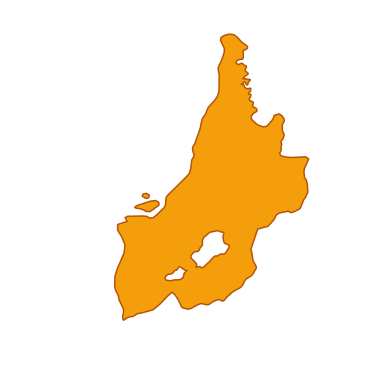 the State of Selangor, rotated 53°
{"feature_id": "MYS-1148", "entity_name": "Selangor", "entity_type": "State", "adm_level": 1, "iso_a3": "MYS", "parent_name": "Malaysia", "parent_adm1": "", "projection": "robinson", "projection_center": [101.463, 3.229], "detail": "fine", "context": "isolated", "style": "filled", "palette": "amber", "viewbox_px": 384, "rotation_deg": 53, "n_neighbors": 0, "source": "natural_earth", "source_scale": "10m", "svg_char_len": 5952}
<svg xmlns="http://www.w3.org/2000/svg" viewBox="0 0 384 384"><g transform="rotate(53 192 192)"><path d="M253.2,323.8L251.7,323.6L249.4,322.1L247.6,319.8L244.4,317.2L234.3,315.2L230.5,313.3L224.3,312.1L220.3,310.2L213.0,304.3L208.8,298.6L199.7,282.8L194.0,277.3L185.9,275.2L177.7,274.3L173.2,270.9L176.4,261.5L172.3,260.9L172.6,258.1L181.8,245.4L184.4,242.7L187.1,241.5L189.1,239.1L189.1,233.7L187.7,223.7L186.5,221.0L181.2,216.4L180.0,213.7L176.4,186.6L175.3,182.5L172.7,179.1L166.4,173.0L165.6,171.4L165.0,169.5L163.9,168.0L160.2,166.9L158.4,166.0L156.9,164.8L156.3,163.8L155.0,160.5L146.3,147.4L140.5,140.9L139.4,139.1L137.9,134.3L134.3,128.4L132.5,119.1L131.1,114.6L128.1,110.1L114.7,99.7L110.2,97.5L108.4,96.1L107.4,94.6L104.5,88.9L99.8,82.1L96.7,79.7L88.1,78.0L86.1,75.9L86.3,72.3L88.2,67.4L91.3,64.1L92.0,63.8L95.5,62.7L102.2,62.1L107.3,60.5L108.8,60.2L109.5,60.3L110.1,60.8L110.6,61.8L110.6,62.7L110.5,63.5L110.1,64.8L110.0,65.5L110.2,66.1L110.5,66.6L115.1,69.8L116.0,70.9L116.3,71.7L116.0,72.4L115.3,73.4L114.7,74.6L114.3,75.9L114.2,76.7L114.2,77.4L114.5,78.1L114.8,78.6L115.5,79.0L116.3,79.1L117.6,78.6L118.1,78.2L118.4,77.7L118.6,76.2L118.8,75.5L119.1,74.9L119.5,74.6L120.2,74.2L121.5,74.2L122.0,74.1L123.1,73.3L123.6,73.0L124.3,73.0L124.9,73.3L125.6,74.3L125.9,75.2L126.4,75.9L127.1,76.3L128.6,76.3L130.2,75.8L130.8,75.8L131.4,76.0L131.7,77.0L131.5,79.4L131.7,80.8L131.7,81.5L131.8,82.3L132.0,82.8L132.4,82.9L132.9,82.4L133.6,81.2L134.1,80.7L135.1,80.1L135.6,79.7L136.0,79.3L136.7,78.2L137.2,78.0L137.6,78.0L137.9,78.8L138.0,80.2L138.2,80.9L138.5,81.4L139.4,82.3L139.7,82.8L139.8,83.3L139.4,83.8L138.6,83.9L136.9,83.5L136.1,83.5L135.6,83.9L135.8,85.2L135.7,85.9L135.4,87.1L135.5,87.6L135.9,87.6L137.2,86.3L137.9,86.1L138.7,86.3L139.8,86.8L140.7,86.9L143.1,85.5L143.5,84.7L143.9,83.2L144.3,82.9L145.0,82.9L146.6,84.5L146.9,85.3L146.8,86.5L147.0,87.1L147.4,87.6L147.9,87.8L148.4,87.7L148.8,86.9L149.2,86.4L149.8,86.4L150.6,87.1L151.0,87.8L152.2,90.4L152.8,90.7L153.5,90.8L154.8,90.3L156.2,89.3L156.8,89.1L157.5,89.3L158.5,90.2L159.6,91.6L160.2,91.9L160.9,92.0L163.5,90.5L164.8,90.4L166.5,91.6L166.5,93.3L166.2,94.8L166.2,95.7L166.5,97.2L167.0,98.5L167.3,99.1L167.7,99.6L168.2,99.9L168.8,100.2L169.4,100.5L172.4,100.4L176.9,99.4L178.7,98.7L182.6,96.1L184.4,93.2L184.0,89.6L183.2,85.9L182.3,83.1L182.0,82.6L180.5,80.7L180.4,80.1L180.5,79.5L180.8,78.9L181.2,77.5L181.4,76.8L181.7,76.1L182.0,75.6L182.5,75.2L183.4,74.9L184.6,74.5L187.1,74.2L188.7,74.4L190.5,75.4L191.2,76.1L191.6,76.9L192.0,78.4L192.3,79.0L192.7,79.5L193.7,80.2L194.2,80.5L195.0,81.1L196.1,82.0L197.2,82.8L198.6,83.2L200.8,83.6L201.4,83.8L201.8,84.1L202.3,84.6L203.8,86.5L204.1,87.1L205.0,89.8L205.2,90.3L205.4,90.6L205.9,90.9L207.5,91.4L208.1,91.9L208.5,92.3L209.2,93.4L210.2,94.2L211.3,94.8L211.8,95.2L212.3,95.6L213.6,98.2L213.9,98.6L214.5,98.9L215.1,99.1L216.3,99.0L217.1,98.7L218.6,97.7L220.4,96.2L224.2,91.9L230.7,82.5L231.2,81.5L232.0,80.6L232.4,80.1L235.8,78.9L241.0,88.2L243.4,90.6L244.5,91.2L247.6,93.1L248.6,93.4L249.2,93.4L250.7,93.4L251.4,93.6L255.1,95.2L261.3,99.2L262.4,100.3L263.2,102.3L264.5,104.4L264.8,105.1L264.9,105.8L265.7,108.0L268.4,112.2L270.1,115.2L270.2,117.1L268.9,123.5L268.6,124.4L268.3,125.0L267.9,125.5L267.3,125.8L266.1,126.2L265.1,127.0L261.9,133.7L261.3,135.6L261.0,137.0L261.1,137.8L261.3,138.6L261.5,139.3L261.8,139.9L263.0,142.3L263.7,144.2L265.0,151.0L265.0,152.1L264.8,153.0L263.3,156.2L261.2,161.9L273.2,179.4L274.4,180.0L276.3,180.6L283.1,184.4L284.1,184.7L290.1,185.5L291.1,186.2L291.5,186.6L292.2,187.8L292.8,189.8L294.0,192.2L294.4,193.6L294.6,195.1L294.1,200.6L294.4,202.3L295.1,204.2L296.3,206.5L296.8,207.9L297.2,209.2L297.3,210.0L297.4,211.6L296.4,218.0L296.3,221.0L296.7,224.2L296.9,227.5L297.7,230.4L297.9,231.9L297.7,232.8L297.2,233.5L294.2,235.1L293.7,236.0L293.2,237.3L292.5,240.0L292.1,242.8L292.1,244.5L292.1,245.3L291.8,246.7L291.3,247.5L290.7,248.3L287.3,251.1L286.9,251.5L286.5,252.3L286.0,253.3L285.2,257.2L284.5,262.2L283.9,264.4L283.3,265.4L282.3,266.5L280.1,268.3L278.8,269.1L277.8,269.5L277.1,269.4L270.2,267.9L264.6,267.5L263.1,267.6L260.5,268.1L260.2,268.2L260.1,270.0L260.3,273.2L262.3,285.7L262.6,294.2L258.2,305.2L256.6,308.2L256.3,309.1L256.0,312.8L255.8,314.3L254.7,316.0L253.6,318.6L253.2,323.8ZM252.3,196.7L250.8,196.5L246.4,194.3L244.3,191.6L243.5,191.3L242.8,191.4L241.0,193.2L238.7,194.5L238.3,194.8L238.1,195.1L237.5,196.6L235.0,201.7L234.9,202.4L235.4,209.6L235.7,210.4L236.4,211.9L237.3,213.1L237.9,213.6L240.2,215.2L240.8,215.9L241.1,216.8L241.3,217.7L241.4,218.8L241.5,219.3L241.7,219.6L241.9,219.8L242.5,220.5L242.9,221.8L243.0,222.5L242.9,223.2L242.7,223.7L241.7,225.3L241.3,226.0L241.2,226.8L241.3,227.7L241.7,229.2L242.0,230.3L242.3,231.1L242.8,231.8L243.8,232.2L244.9,232.3L246.1,232.3L251.1,231.6L252.4,231.7L252.9,231.9L253.3,232.3L253.9,233.8L254.4,234.0L254.9,233.4L255.4,232.5L255.7,231.4L256.1,230.7L256.6,230.4L257.3,230.4L258.0,230.1L258.5,229.6L258.8,228.8L258.9,227.6L258.1,219.7L257.2,215.7L256.9,213.3L257.1,211.9L257.5,211.3L258.2,210.5L258.5,209.7L258.7,206.7L259.1,205.8L260.4,204.5L260.7,203.9L260.9,203.0L260.7,201.8L260.4,200.5L259.6,198.7L258.8,196.5L258.2,195.6L257.7,194.9L257.1,194.6L256.3,194.7L254.5,195.6L253.6,196.4L252.3,196.7ZM245.9,265.8L247.2,265.4L249.8,262.8L250.6,261.4L251.2,259.6L254.8,254.4L255.0,250.8L253.6,248.8L252.2,247.2L251.6,243.5L250.2,244.6L249.4,244.8L248.4,245.4L245.7,246.0L244.5,246.7L244.0,247.9L244.4,249.1L245.1,250.3L245.2,251.2L244.7,252.0L244.5,253.3L245.2,256.5L245.1,257.6L244.7,258.3L244.3,259.2L243.8,259.8L243.2,261.7L243.4,263.2L244.1,264.8L245.1,265.6L245.9,265.8ZM182.7,228.8L182.4,230.3L182.7,233.0L182.2,237.8L179.7,240.4L176.2,242.0L173.4,244.2L172.3,245.4L171.3,246.4L169.9,246.9L169.6,245.6L169.9,243.4L174.3,230.7L176.8,226.3L180.1,224.8L182.4,226.1L182.7,228.8ZM170.4,230.0L169.7,232.3L168.3,233.3L165.4,234.2L164.2,232.3L165.5,229.4L168.9,227.9L170.4,230.0Z" fill="#f59e0b" stroke="#b45309" stroke-width="1.5"/></g></svg>